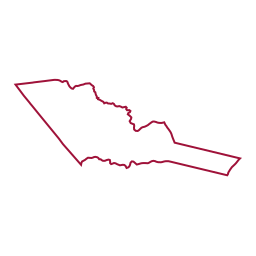 outline of Santo Antônio do Tauá, Pará, Brazil, rotated 178°
{"feature_id": "56859067B37028774968371", "entity_name": "Santo Antônio do Tauá", "entity_type": "district", "adm_level": 2, "iso_a3": "BRA", "parent_name": "Brazil", "parent_adm1": "Pará", "projection": "mercator", "projection_center": [-48.203, -1.096], "detail": "fine", "context": "isolated", "style": "outline", "palette": "rose", "viewbox_px": 256, "rotation_deg": 178, "n_neighbors": 0, "source": "geoboundaries", "source_scale": "gbopen_adm2", "svg_char_len": 2297}
<svg xmlns="http://www.w3.org/2000/svg" viewBox="0 0 256 256"><g transform="rotate(178 128 128)"><path d="M91.6,132.4L94.0,131.9L95.4,131.9L97.1,132.1L98.4,132.4L99.7,133.0L101.4,133.5L102.8,133.6L104.1,133.0L106.7,131.2L108.0,130.2L109.6,129.4L111.3,128.7L113.3,128.3L114.5,127.8L115.9,126.6L117.2,125.4L118.4,124.7L120.4,124.9L121.9,126.3L122.0,128.4L121.7,129.8L121.9,131.4L125.1,132.8L126.1,134.8L124.6,137.0L124.3,138.5L125.2,139.5L126.6,140.8L127.7,141.7L127.1,143.0L125.6,143.7L125.0,144.9L126.0,145.8L128.3,145.8L129.2,147.1L128.6,148.3L129.5,149.3L131.2,149.0L132.9,148.7L134.4,149.6L136.0,150.2L137.6,149.9L139.0,150.1L140.5,151.1L141.2,152.5L142.4,153.3L144.0,152.7L145.4,153.1L147.1,153.2L148.3,154.1L149.6,154.0L150.9,153.5L151.7,155.0L153.8,156.2L155.3,157.2L156.9,157.8L156.6,159.1L158.1,159.2L158.1,160.7L158.8,162.0L159.2,163.4L159.4,164.8L160.5,165.7L160.6,167.3L161.3,168.6L160.6,169.9L161.4,171.2L162.6,172.0L164.7,174.0L169.0,173.8L171.2,173.0L172.7,172.8L174.2,172.5L175.5,172.0L177.1,171.7L178.4,171.9L179.7,171.2L180.8,170.0L181.6,169.1L183.0,169.5L184.2,170.6L185.1,171.7L186.5,174.6L186.8,175.9L187.7,177.0L189.0,177.1L190.5,177.0L191.6,176.2L192.8,176.6L194.0,177.5L195.5,178.2L196.9,178.5L199.9,178.7L209.8,177.8L220.4,176.9L221.7,176.7L238.9,175.3L230.9,163.8L225.6,156.9L224.7,155.6L223.2,153.7L216.4,144.7L197.5,119.9L193.6,114.2L176.2,92.9L175.8,94.7L175.1,96.1L172.1,97.6L170.5,98.8L169.0,99.7L165.5,99.3L164.0,99.7L162.8,100.2L161.5,100.3L159.7,99.8L158.6,99.0L157.9,97.8L156.4,97.7L155.4,96.8L154.2,96.1L152.3,96.0L150.5,96.7L148.6,97.1L147.3,96.7L147.0,95.0L147.1,93.6L146.1,92.5L144.5,93.0L143.2,93.5L141.6,93.1L140.1,92.2L137.4,91.0L134.5,91.4L133.0,91.2L131.8,90.2L130.8,88.1L129.2,88.6L128.1,89.5L127.3,91.0L126.6,93.3L125.3,94.5L123.7,94.2L122.7,93.3L120.5,91.2L118.6,91.6L116.4,92.2L115.1,92.4L112.5,92.4L109.4,92.1L108.1,92.6L106.9,93.3L105.4,94.0L103.8,94.3L102.0,93.9L100.9,93.3L99.1,92.8L96.3,92.6L95.0,92.8L93.0,93.3L91.5,93.5L88.7,93.4L86.4,92.8L30.5,77.3L29.7,78.5L29.3,80.0L27.5,82.7L25.6,85.2L22.4,88.0L21.2,89.2L18.5,92.4L17.1,93.7L64.6,106.9L81.9,111.7L82.3,112.9L82.8,114.2L83.8,117.0L84.3,118.6L84.7,120.2L85.3,121.7L85.9,122.9L87.8,125.8L88.7,127.0L89.6,128.6L90.6,130.0L91.6,132.4Z" fill="none" stroke="#9f1239" stroke-width="2"/></g></svg>